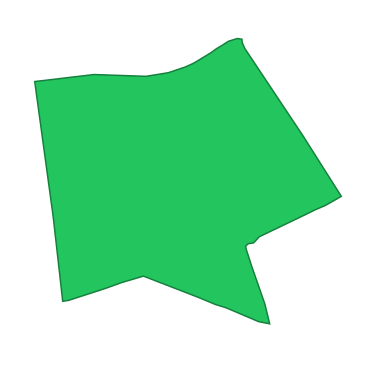 Tamahú, Alta Verapaz, Guatemala (Mercator projection), rotated 170°
{"feature_id": "79465075B44639416757608", "entity_name": "Tamahú", "entity_type": "district", "adm_level": 2, "iso_a3": "GTM", "parent_name": "Guatemala", "parent_adm1": "Alta Verapaz", "projection": "mercator", "projection_center": [-90.254, 15.309], "detail": "fine", "context": "isolated", "style": "filled", "palette": "green", "viewbox_px": 384, "rotation_deg": 170, "n_neighbors": 0, "source": "geoboundaries", "source_scale": "gbopen_adm2", "svg_char_len": 675}
<svg xmlns="http://www.w3.org/2000/svg" viewBox="0 0 384 384"><g transform="rotate(170 192 192)"><path d="M140.1,131.2L133.4,136.3L81.5,150.8L74.4,152.9L62.7,155.7L45.7,161.8L73.1,228.4L102.5,295.5L115.0,324.0L116.6,330.2L116.3,333.8L120.8,335.3L130.0,334.1L138.2,330.7L143.0,328.9L148.9,326.0L167.9,318.6L176.8,316.3L194.6,313.6L217.2,313.9L268.1,324.7L327.7,328.1L333.0,191.6L338.3,106.8L332.4,106.7L293.3,112.2L277.2,115.0L254.5,117.6L203.7,86.9L188.4,77.1L179.0,72.3L164.8,63.1L149.0,52.8L138.4,48.7L139.7,69.2L146.2,109.2L147.9,121.5L148.6,126.6L148.5,129.4L146.0,131.1L144.4,131.3L142.9,131.2L140.1,131.2Z" fill="#22c55e" stroke="#15803d" stroke-width="1.5"/></g></svg>